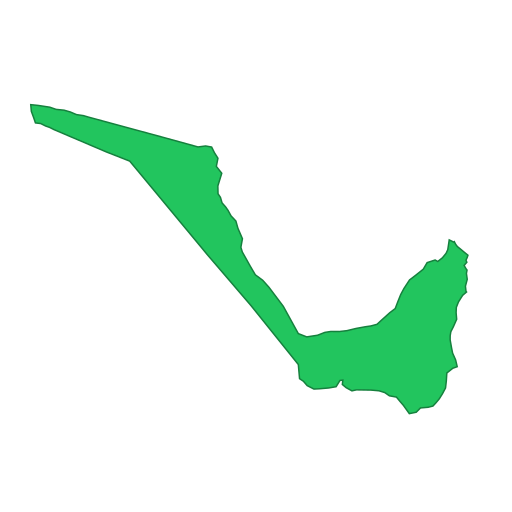 outline of Androlikou, Paphos, Cyprus, rotated 355°
{"feature_id": "46923920B67350241832672", "entity_name": "Androlikou", "entity_type": "district", "adm_level": 2, "iso_a3": "CYP", "parent_name": "Cyprus", "parent_adm1": "Paphos", "projection": "equal_earth", "projection_center": [32.356, 35.027], "detail": "fine", "context": "isolated", "style": "filled", "palette": "green", "viewbox_px": 512, "rotation_deg": 355, "n_neighbors": 0, "source": "geoboundaries", "source_scale": "gbopen_adm2", "svg_char_len": 1874}
<svg xmlns="http://www.w3.org/2000/svg" viewBox="0 0 512 512"><g transform="rotate(355 256 256)"><path d="M449.9,256.8L447.6,266.4L445.6,269.9L441.6,274.0L436.6,277.3L434.1,275.6L425.9,277.5L421.5,283.7L413.7,288.9L406.9,293.2L400.6,301.2L396.8,307.0L393.3,313.9L390.1,320.5L384.4,324.1L375.1,331.1L370.6,334.6L364.3,335.7L358.9,336.0L349.3,336.9L340.1,338.3L332.5,338.5L323.9,337.7L317.9,338.1L310.4,340.3L299.5,341.0L291.4,337.0L288.3,330.0L278.8,308.5L266.2,288.3L260.5,280.7L253.7,274.7L249.1,265.0L245.2,256.3L242.7,250.8L241.7,246.0L244.0,237.6L240.4,226.8L239.0,219.4L234.6,213.8L232.2,208.3L230.1,204.6L226.8,200.1L225.7,194.5L223.6,190.7L224.1,182.9L229.1,170.6L224.3,163.3L226.6,155.3L223.6,149.5L221.3,143.6L215.4,142.0L207.7,142.3L173.0,129.4L101.4,103.1L96.3,101.1L89.5,99.5L83.5,96.3L77.5,94.0L69.6,92.5L63.6,89.8L52.1,87.0L44.8,85.6L44.8,92.3L46.7,99.3L47.8,103.9L47.9,104.2L53.1,105.3L57.8,108.2L61.6,109.9L65.8,112.5L116.0,139.3L138.5,150.5L203.2,244.0L207.1,249.7L246.7,305.0L288.7,367.8L288.7,382.0L292.3,384.9L295.7,389.6L302.1,393.6L307.8,393.8L317.0,393.8L324.4,393.2L328.8,387.3L331.7,387.2L330.8,391.5L334.3,395.0L339.8,398.7L344.4,398.1L351.2,398.8L358.9,399.6L366.8,401.0L372.4,403.3L376.7,406.9L383.6,408.8L386.7,413.3L389.8,417.6L395.0,426.4L399.4,425.9L402.0,425.6L406.6,421.7L414.3,421.7L419.2,420.9L422.5,417.9L426.1,414.3L429.8,409.4L433.3,404.0L434.7,397.1L435.9,389.2L442.2,385.0L446.8,383.8L445.8,376.9L443.4,369.9L442.8,364.5L442.1,356.4L442.5,352.3L443.5,348.4L446.5,343.6L450.4,336.5L450.4,329.9L451.1,324.6L453.7,319.4L455.8,316.6L458.4,313.2L462.6,310.2L462.1,309.5L462.0,304.3L464.4,297.6L464.1,291.7L465.0,288.4L464.1,287.0L462.5,283.5L465.5,280.6L464.8,278.5L466.2,276.0L467.2,273.7L462.9,269.5L460.2,266.8L457.4,264.1L455.9,261.7L454.8,259.0L454.2,259.4L449.9,256.8Z" fill="#22c55e" stroke="#15803d" stroke-width="1.5"/></g></svg>